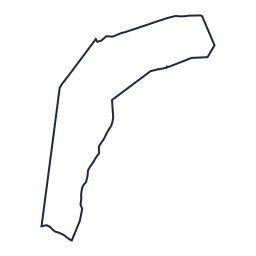 outline of San Miguel Tecomatlán, Oaxaca, Mexico
{"feature_id": "50627088B83273926369919", "entity_name": "San Miguel Tecomatlán", "entity_type": "district", "adm_level": 2, "iso_a3": "MEX", "parent_name": "Mexico", "parent_adm1": "Oaxaca", "projection": "equal_earth", "projection_center": [-97.281, 17.371], "detail": "fine", "context": "isolated", "style": "outline", "palette": "slate", "viewbox_px": 256, "rotation_deg": 0, "n_neighbors": 0, "source": "geoboundaries", "source_scale": "gbopen_adm2", "svg_char_len": 1217}
<svg xmlns="http://www.w3.org/2000/svg" viewBox="0 0 256 256"><path d="M59.7,87.9L48.2,175.6L41.5,226.3L46.5,225.2L50.1,226.9L52.6,229.6L55.3,231.6L58.6,232.6L62.0,234.1L64.7,235.6L67.6,238.0L71.4,240.5L71.7,240.6L79.8,221.0L82.2,208.9L80.5,204.6L81.2,199.5L81.2,193.7L81.8,189.8L82.7,186.1L86.1,181.9L87.6,175.8L88.0,170.3L90.2,166.5L92.7,163.0L95.9,157.6L99.1,153.3L98.8,146.7L101.2,142.8L104.1,138.6L106.3,134.0L109.2,128.8L111.2,125.9L112.5,121.7L113.2,117.3L112.0,100.0L150.6,71.1L156.4,69.8L158.2,69.0L158.4,69.4L166.7,67.7L167.0,67.5L167.0,66.7L168.6,66.9L191.6,57.9L207.5,57.2L214.5,45.3L202.6,17.3L202.0,16.1L200.3,15.4L196.6,15.5L192.0,15.6L190.9,15.6L189.7,15.6L188.6,15.7L186.4,16.0L184.2,16.2L183.9,16.3L182.4,16.3L180.7,16.3L179.5,16.3L176.5,16.0L174.6,16.2L172.5,16.7L172.2,16.8L168.5,17.7L168.2,17.8L166.1,18.5L165.7,18.6L165.0,18.8L163.6,19.3L162.1,19.8L160.6,20.3L159.1,20.7L157.1,21.4L156.8,21.5L156.7,21.5L154.6,22.3L153.5,22.6L152.4,23.0L151.3,23.3L150.3,23.7L149.2,24.1L143.2,26.1L140.9,26.9L124.9,32.2L124.2,32.4L123.3,32.6L122.1,32.7L115.6,35.5L112.1,36.7L106.3,36.2L101.5,40.5L99.3,41.3L97.3,41.8L95.8,39.1L72.0,71.0L61.7,84.4L59.7,87.9Z" fill="none" stroke="#1e293b" stroke-width="2"/></svg>